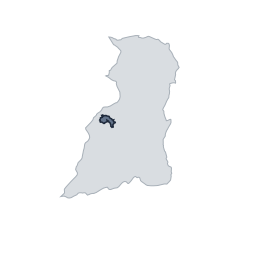 Alindao, Basse-Kotto, Central African Republic (highlighted), rotated 121°
{"feature_id": "33826404B62938730808524", "entity_name": "Alindao", "entity_type": "district", "adm_level": 2, "iso_a3": "CAF", "parent_name": "Central African Republic", "parent_adm1": "Basse-Kotto", "projection": "mercator", "projection_center": [21.194, 5.183], "detail": "fine", "context": "in_parent", "style": "filled", "palette": "slate", "viewbox_px": 256, "rotation_deg": 121, "n_neighbors": 0, "source": "geoboundaries", "source_scale": "gbopen_adm2", "svg_char_len": 5090}
<svg xmlns="http://www.w3.org/2000/svg" viewBox="0 0 256 256"><g transform="rotate(121 128 128)"><path d="M173.1,98.4L175.2,98.9L175.6,99.6L175.0,101.7L175.4,103.1L176.6,104.2L177.8,104.7L178.9,105.0L183.0,105.7L184.7,106.4L186.9,109.0L189.7,111.2L190.3,112.4L190.2,113.5L189.4,114.9L189.5,115.4L190.8,116.8L192.3,118.1L194.9,119.6L199.6,122.0L201.7,123.6L202.4,124.8L203.6,126.1L205.3,127.3L206.4,128.2L205.6,130.9L205.8,131.7L206.3,132.5L207.2,133.5L207.6,134.8L208.6,136.4L209.7,137.2L211.6,137.5L212.6,138.2L214.7,139.6L216.8,140.7L217.6,141.5L218.2,142.2L218.6,143.0L218.9,143.8L218.9,145.5L219.3,147.7L220.4,149.2L221.4,150.3L217.2,149.1L216.6,149.0L215.9,149.2L213.7,150.8L213.0,151.0L210.3,150.7L203.7,149.4L198.6,148.2L197.1,147.8L194.3,147.4L192.5,148.2L190.9,151.0L190.4,151.6L187.7,152.4L186.5,152.2L183.4,152.9L178.7,151.8L177.0,152.0L175.7,152.6L172.3,153.8L170.2,154.6L167.8,155.2L165.5,156.2L164.0,156.8L162.5,156.8L161.1,156.2L159.7,155.7L157.9,155.6L156.0,155.9L154.5,157.0L153.8,157.8L152.5,159.9L150.9,163.4L150.2,164.0L149.7,164.4L142.3,162.7L139.1,162.3L136.9,162.8L134.2,161.9L133.1,161.7L132.5,162.0L131.0,161.6L128.6,160.4L126.2,159.9L124.1,160.1L122.8,159.7L121.8,158.5L120.5,156.4L118.1,154.4L114.8,152.7L112.8,151.5L112.0,150.6L110.3,150.2L107.6,150.1L105.1,150.9L101.4,153.5L98.0,158.8L96.1,160.8L94.6,161.4L94.2,162.6L94.9,164.7L95.1,167.0L94.6,171.0L94.8,173.9L94.0,173.4L93.2,172.1L92.8,171.8L90.6,172.4L89.4,173.0L88.8,173.5L88.3,173.6L87.6,172.8L87.0,172.7L86.2,172.8L85.3,172.8L84.7,172.7L84.3,172.8L83.2,172.4L79.3,171.2L78.7,170.9L77.9,170.9L75.9,171.9L74.8,172.1L71.6,172.8L68.2,173.0L66.9,173.1L66.0,173.5L65.4,174.1L64.4,177.8L64.1,178.4L64.1,179.3L63.8,182.3L64.0,183.2L59.9,191.3L59.2,189.9L58.7,188.4L58.6,186.6L58.7,186.1L58.4,185.5L58.1,184.1L58.4,183.1L58.1,182.1L57.3,181.1L56.6,180.4L56.2,179.7L55.8,179.4L55.0,179.3L54.0,178.9L49.4,174.2L44.7,168.9L43.7,167.1L43.3,166.1L44.5,166.0L44.8,165.8L44.8,165.4L44.1,164.0L43.7,162.2L43.1,161.2L41.3,159.5L39.5,158.3L38.9,157.7L38.6,156.7L37.9,151.0L37.6,149.3L37.1,148.6L36.7,148.3L36.5,147.9L36.6,146.8L36.8,145.9L36.8,145.6L37.3,144.8L37.3,139.4L36.7,138.7L35.7,138.7L35.1,137.9L34.6,136.9L34.8,136.2L35.8,135.1L36.5,134.7L38.5,133.8L39.1,133.4L39.4,132.9L39.7,132.2L40.8,129.4L42.6,126.7L43.3,126.1L45.1,122.0L45.5,121.0L45.8,120.0L46.4,119.1L48.3,117.8L49.7,115.4L51.3,115.5L52.9,115.9L55.0,116.1L56.6,115.6L57.7,114.7L62.7,113.0L63.0,111.7L63.8,111.1L64.7,110.5L65.1,110.4L65.1,110.8L65.7,112.2L66.8,113.5L68.5,115.0L69.0,114.9L70.0,113.8L72.6,113.1L73.3,112.8L75.2,111.2L77.4,110.1L78.7,109.8L81.0,108.7L82.6,108.8L85.1,108.7L89.4,108.1L92.6,108.0L94.1,107.8L94.5,107.6L95.1,106.0L95.6,105.6L96.8,104.9L99.1,102.5L100.6,100.6L101.0,99.9L101.3,99.7L102.0,98.9L101.3,98.0L98.8,96.3L98.8,96.0L98.6,95.7L98.8,95.5L99.8,94.8L101.1,94.0L102.5,93.7L106.2,93.7L109.3,93.5L110.0,93.6L112.5,93.2L114.1,92.8L115.8,91.9L119.7,92.0L123.0,89.9L123.9,89.5L124.3,89.2L124.4,88.8L125.9,88.0L127.6,86.2L129.0,84.6L129.3,83.5L133.0,79.7L134.3,79.7L134.9,79.3L136.3,76.7L136.8,76.2L138.3,75.8L139.0,75.0L139.6,73.9L139.6,72.5L139.4,71.4L139.4,70.9L139.7,70.4L140.3,69.9L143.1,68.5L143.8,67.8L144.2,67.2L145.0,67.1L145.8,67.2L146.4,66.8L147.0,66.2L148.9,65.4L150.7,64.7L152.6,65.0L156.0,65.8L157.0,67.6L157.5,68.3L161.7,72.6L162.5,73.6L164.6,76.7L165.8,78.8L167.3,81.9L167.4,83.5L167.2,84.9L166.9,88.9L166.6,90.1L164.7,92.2L164.6,93.2L165.0,94.0L165.6,94.3L165.9,94.7L165.7,96.6L166.4,97.3L167.8,97.8L171.3,98.1L173.1,98.4Z" fill="#d9dde1" stroke="#a8b0b8" stroke-width="1"/><path d="M137.0,155.2L137.1,154.9L137.2,154.7L137.1,154.4L136.7,154.0L136.4,153.3L136.5,152.1L136.5,151.2L136.5,150.9L136.0,150.5L135.6,150.7L134.6,150.0L134.3,149.8L133.9,149.6L133.3,149.0L132.1,150.1L132.1,148.3L132.2,147.9L132.8,147.4L132.9,146.8L132.8,146.2L133.3,145.4L133.7,145.1L134.0,144.5L134.3,144.2L134.9,143.9L135.3,143.7L135.6,142.6L135.7,142.1L135.4,142.0L135.2,141.8L135.0,141.4L134.8,141.6L134.7,142.0L134.3,141.8L134.2,141.6L133.9,141.8L133.7,142.2L132.8,142.7L132.6,142.7L131.9,142.4L131.4,142.6L131.1,142.7L130.8,142.4L130.5,141.9L130.0,141.7L129.7,141.8L129.6,142.0L129.8,142.2L130.1,142.5L129.9,143.1L129.7,143.3L129.7,143.8L129.6,144.2L129.0,144.4L128.4,144.5L128.7,144.8L129.0,145.0L129.0,145.6L129.1,146.0L128.8,146.3L128.6,146.6L128.7,147.2L128.7,148.9L128.5,149.4L128.0,149.8L127.8,150.4L128.2,151.2L128.3,151.6L128.4,151.8L128.6,152.2L128.6,152.3L128.5,152.6L128.6,152.8L128.7,153.0L128.6,153.4L128.7,153.5L128.9,153.5L129.0,153.6L129.1,153.8L129.3,154.0L129.3,154.3L129.5,154.5L130.0,154.9L130.3,155.0L130.2,155.5L130.0,155.8L129.8,156.1L129.8,156.3L129.9,156.5L130.2,156.6L130.5,156.6L130.8,157.1L131.0,156.9L131.0,156.6L131.0,156.4L131.2,156.2L131.3,156.1L131.5,156.0L131.5,155.9L131.5,155.7L131.9,155.4L132.0,155.4L132.1,155.5L132.2,155.8L132.3,155.9L132.4,156.0L132.5,155.9L132.8,156.1L133.0,156.3L133.2,156.6L133.3,156.6L133.5,156.8L133.8,156.6L134.1,156.5L134.7,156.4L135.1,156.4L135.8,156.4L135.9,155.5L136.3,155.3L136.8,155.2L137.0,155.2Z" fill="#64748b" stroke="#1e293b" stroke-width="1.5"/></g></svg>